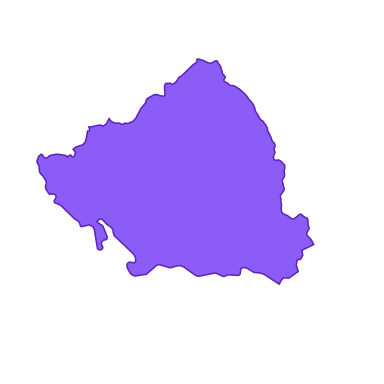 the Autonomous Community of Huesca, rotated 317°
{"feature_id": "ESP-5825", "entity_name": "Huesca", "entity_type": "Autonomous Community", "adm_level": 1, "iso_a3": "ESP", "parent_name": "Spain", "parent_adm1": "", "projection": "equal_earth", "projection_center": [-0.025, 42.135], "detail": "fine", "context": "isolated", "style": "filled", "palette": "violet", "viewbox_px": 384, "rotation_deg": 317, "n_neighbors": 0, "source": "natural_earth", "source_scale": "10m", "svg_char_len": 4308}
<svg xmlns="http://www.w3.org/2000/svg" viewBox="0 0 384 384"><g transform="rotate(317 192 192)"><path d="M107.4,61.4L107.9,62.7L107.8,63.8L107.4,64.6L107.3,65.5L108.0,67.0L109.3,68.2L110.5,68.3L111.7,68.2L113.0,68.4L117.4,71.0L119.6,72.8L124.5,79.1L124.7,79.8L124.5,80.6L124.4,81.2L125.3,81.5L127.3,81.5L127.9,81.7L128.6,82.7L128.4,83.8L128.4,84.8L129.6,85.6L130.6,85.4L132.8,84.0L133.9,83.6L134.1,79.7L137.4,79.8L144.2,82.9L148.1,82.6L151.1,80.8L157.2,76.2L158.3,77.3L159.3,76.9L160.2,75.6L160.9,74.0L162.9,75.8L163.2,75.9L170.5,80.2L172.0,83.3L175.4,83.7L179.1,82.7L181.4,81.8L181.1,84.7L181.8,87.5L183.4,90.0L185.5,91.6L186.2,92.6L186.4,93.7L186.8,94.8L188.1,95.4L189.7,95.8L190.6,96.6L191.2,97.4L191.9,98.1L196.9,100.1L201.3,99.7L211.1,96.2L218.9,95.1L221.3,93.5L223.3,93.2L230.1,94.9L232.1,95.9L234.9,100.5L236.8,102.8L238.7,102.5L242.3,97.7L244.5,95.5L246.8,94.7L250.4,97.6L250.6,98.1L250.6,98.8L250.7,99.5L251.3,100.1L253.8,100.5L256.3,100.4L261.2,99.2L263.3,100.0L279.1,99.6L283.6,100.2L285.3,99.6L286.1,98.2L287.7,99.5L290.1,103.8L291.9,108.5L292.9,109.9L294.0,110.8L295.1,111.3L297.8,111.8L299.1,112.5L299.6,113.3L299.7,114.0L299.2,115.0L299.0,115.9L298.8,118.3L298.7,119.3L298.4,120.0L298.1,120.7L297.5,121.7L296.8,123.0L296.2,124.5L295.6,125.1L295.2,126.1L294.8,127.5L295.1,129.3L294.8,130.3L294.7,130.7L294.2,131.0L293.7,131.2L293.2,131.3L292.3,131.4L291.4,132.0L291.1,133.4L291.4,134.6L292.0,135.9L292.3,137.2L292.4,139.0L292.8,140.2L293.3,140.9L293.8,141.3L294.3,141.9L295.1,142.9L295.8,145.0L296.9,149.0L297.5,156.0L297.5,159.3L297.3,160.8L296.7,163.0L296.8,163.7L296.8,165.9L296.6,168.9L296.3,170.0L295.3,173.1L294.3,174.8L293.8,175.4L293.5,176.2L292.6,181.4L292.1,182.7L291.8,184.3L291.5,186.0L291.8,187.0L292.2,188.7L291.9,190.4L291.5,193.9L291.0,195.8L290.4,197.3L289.2,198.2L289.1,199.0L287.1,205.8L285.4,209.5L285.4,210.6L285.6,211.9L285.0,213.7L284.4,214.6L283.9,215.3L282.4,215.8L281.6,216.6L280.9,217.4L280.0,219.2L279.4,219.9L278.6,220.3L277.5,220.6L276.4,221.2L275.4,222.1L274.6,223.2L274.1,224.2L274.3,225.2L276.0,226.8L277.1,227.6L277.6,228.4L277.9,229.5L278.2,235.0L277.7,236.1L276.9,237.1L276.0,238.1L275.0,238.6L273.2,239.9L272.1,241.7L271.1,242.9L270.0,243.8L267.6,244.4L266.6,244.7L265.9,245.3L265.3,245.9L263.6,248.8L262.3,251.4L261.3,252.9L259.9,253.7L255.6,254.5L254.6,254.8L253.8,255.3L253.3,255.9L252.5,257.1L252.2,258.0L251.3,258.7L250.4,259.7L248.7,262.5L245.7,265.2L243.9,267.9L243.9,269.2L244.0,270.5L245.8,274.6L246.4,278.3L246.9,279.7L247.5,280.6L248.6,281.2L252.5,281.6L253.8,281.5L255.1,281.6L256.1,282.1L256.9,283.4L256.8,284.7L257.0,286.0L257.3,287.3L257.9,288.4L258.4,289.9L258.0,291.0L257.3,292.0L254.8,294.9L254.2,295.9L253.7,296.9L253.4,297.6L253.4,297.8L253.1,298.2L252.8,298.6L251.9,299.0L248.1,300.2L246.9,301.4L246.5,302.3L246.7,305.6L246.5,308.8L245.2,313.4L232.7,309.6L229.9,313.8L225.3,315.3L222.9,313.3L218.4,316.5L215.5,322.6L204.3,321.1L203.5,320.5L201.9,318.5L200.0,317.2L197.7,317.3L192.9,318.9L188.7,301.7L186.9,298.1L182.4,292.9L180.5,286.1L179.5,283.9L178.2,282.4L176.6,281.6L175.1,281.8L171.3,284.8L170.4,285.0L168.8,284.5L161.8,277.1L157.9,275.7L157.0,274.6L154.2,267.8L153.2,266.7L139.4,258.2L138.3,256.7L137.6,255.0L134.8,240.8L133.3,238.1L131.2,236.1L124.4,232.7L118.7,223.1L116.6,221.5L102.6,221.1L93.0,214.6L91.7,212.1L91.4,209.5L92.7,204.1L93.7,201.9L94.5,201.1L95.4,200.5L96.4,200.2L97.4,200.3L98.4,200.7L99.3,201.4L101.2,204.2L102.2,204.6L104.0,203.8L105.5,202.0L106.5,199.6L106.9,197.2L105.4,170.9L106.4,168.5L108.4,165.6L108.7,164.4L108.7,162.6L107.6,157.2L107.7,151.5L107.0,149.8L106.4,149.1L105.8,148.8L102.6,148.8L102.3,149.2L102.3,150.3L103.5,155.0L103.5,156.5L99.5,166.7L98.9,167.5L98.2,168.1L97.1,168.4L96.3,168.1L94.6,167.0L93.4,166.8L92.2,166.9L91.0,167.5L90.1,168.4L89.2,171.4L88.1,172.4L86.6,172.4L85.2,171.7L84.3,170.3L84.4,168.7L95.1,152.6L95.7,150.6L95.6,149.4L94.7,146.2L87.6,142.0L87.2,141.4L87.3,140.7L88.7,137.7L88.9,136.6L88.8,135.5L87.8,131.7L86.9,112.0L84.4,106.5L84.4,105.6L84.7,104.9L85.4,104.3L88.2,103.5L89.5,102.7L90.1,101.1L89.7,99.4L86.4,96.5L86.2,95.1L87.1,90.5L88.1,88.5L88.9,87.8L90.5,87.0L91.8,86.0L93.1,83.2L93.9,78.3L93.7,75.7L94.0,74.3L94.5,72.8L98.0,68.4L98.4,67.4L98.3,66.3L98.7,65.1L99.6,63.7L104.0,61.4L107.4,61.4L107.4,61.4Z" fill="#8b5cf6" stroke="#5b21b6" stroke-width="1.5"/></g></svg>